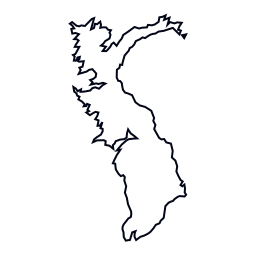 outline of Itati, Rio Grande do Sul, Brazil
{"feature_id": "56859067B39388374799288", "entity_name": "Itati", "entity_type": "district", "adm_level": 2, "iso_a3": "BRA", "parent_name": "Brazil", "parent_adm1": "Rio Grande do Sul", "projection": "natural_earth1", "projection_center": [-50.175, -29.463], "detail": "fine", "context": "isolated", "style": "outline", "palette": "ink", "viewbox_px": 256, "rotation_deg": 0, "n_neighbors": 0, "source": "geoboundaries", "source_scale": "gbopen_adm2", "svg_char_len": 3235}
<svg xmlns="http://www.w3.org/2000/svg" viewBox="0 0 256 256"><path d="M76.7,60.3L79.1,61.7L83.7,61.2L82.5,66.7L79.4,67.7L80.7,70.1L78.7,73.9L81.8,73.0L86.6,71.6L89.2,69.8L92.4,69.2L96.2,73.5L95.7,76.9L93.3,78.9L90.2,80.0L92.6,82.4L90.8,84.6L96.2,83.4L98.4,84.0L103.0,82.8L105.4,83.6L102.4,85.4L99.0,88.7L95.2,87.3L92.3,88.2L90.3,90.5L84.3,91.6L80.5,91.8L81.0,89.4L77.6,91.2L75.8,88.6L73.4,87.0L74.2,91.6L76.3,93.2L77.3,95.7L79.5,96.7L78.4,99.4L81.9,101.5L84.7,104.3L83.7,106.3L86.3,106.0L87.1,103.9L89.7,104.9L87.4,109.9L89.0,111.1L86.3,112.5L89.9,115.2L93.6,112.8L95.5,111.9L98.4,112.5L97.4,115.8L95.2,119.2L98.6,120.4L97.5,125.8L99.7,125.7L102.4,122.1L100.5,128.2L102.6,128.8L102.7,131.2L100.9,134.6L96.7,137.3L94.1,139.4L93.0,142.2L97.0,140.4L103.8,140.2L105.7,141.2L105.3,144.9L109.4,145.7L113.3,148.8L112.8,145.3L114.7,143.4L115.7,141.2L120.1,139.6L124.4,139.1L126.6,137.6L127.0,133.3L128.1,129.4L130.6,133.3L134.3,136.0L137.1,138.4L133.7,138.6L128.7,139.2L126.4,140.5L121.9,144.4L116.9,150.4L120.4,149.7L116.9,154.9L114.1,160.5L112.9,163.3L115.2,163.7L115.8,169.4L118.5,173.8L120.8,176.1L123.3,175.2L124.8,177.1L124.3,180.5L126.2,186.3L124.9,192.6L126.8,197.7L128.0,204.1L128.9,206.3L131.1,211.4L131.3,214.3L130.8,217.0L128.2,218.6L123.6,224.5L122.6,226.9L122.5,229.5L123.5,232.2L123.8,237.1L125.8,240.6L130.0,239.9L132.2,232.4L135.5,231.2L134.6,233.5L134.5,236.7L136.1,240.0L140.6,236.7L144.2,235.6L148.1,233.6L150.5,231.8L153.4,228.4L155.8,224.8L159.5,223.3L160.7,220.7L163.7,217.9L165.4,206.1L168.6,202.7L171.2,201.5L173.1,200.9L174.4,199.2L177.9,196.7L179.7,196.1L182.5,196.3L184.6,196.5L186.1,194.7L184.7,192.4L185.0,188.6L184.4,184.6L182.2,186.3L180.5,185.0L182.7,181.5L180.5,179.9L178.3,175.8L176.4,171.5L177.2,166.3L175.4,160.6L171.9,157.5L172.7,150.9L171.5,145.9L170.9,143.6L166.3,142.4L164.1,139.0L161.5,139.4L159.2,138.0L155.3,131.1L154.2,129.0L155.4,124.9L153.3,120.9L154.1,118.0L151.3,110.8L145.1,106.9L139.7,105.4L135.4,102.2L132.1,95.2L127.9,93.4L125.1,92.6L123.1,90.0L122.4,87.3L121.8,83.1L120.2,81.1L118.2,80.8L116.7,77.5L116.9,69.7L119.4,67.9L120.1,64.6L122.2,64.9L122.7,62.1L124.6,55.5L128.8,50.6L129.7,48.1L132.3,46.7L134.2,44.5L135.8,41.1L139.8,39.3L142.6,37.4L145.1,38.1L147.4,36.5L150.3,34.7L152.8,33.9L155.3,33.6L158.6,31.6L163.8,30.8L172.8,27.9L179.4,34.4L180.9,30.6L178.1,29.7L179.4,26.3L181.7,22.8L177.2,22.4L174.4,23.4L170.1,22.1L167.6,24.6L169.5,17.7L164.1,19.8L165.6,15.4L162.3,16.9L159.4,17.3L158.6,21.9L154.7,24.5L151.9,25.3L148.0,24.9L146.9,27.4L142.0,27.7L139.0,28.5L134.5,27.0L128.1,31.7L123.2,35.0L121.8,38.5L119.3,41.5L116.6,45.8L113.7,42.6L111.6,44.1L110.4,46.6L107.8,49.6L106.3,51.1L102.7,51.0L105.9,46.7L101.0,45.6L103.3,43.7L105.2,41.1L109.5,38.5L110.5,34.8L109.5,32.6L110.9,30.2L108.2,29.8L106.1,27.4L103.1,27.3L100.3,27.8L101.0,24.8L100.2,21.7L97.1,24.2L95.0,23.8L94.0,28.0L91.0,29.4L94.1,18.1L91.8,19.0L84.9,26.0L81.4,25.4L79.2,26.3L76.6,25.8L72.1,22.1L69.9,23.7L72.3,25.6L74.2,28.4L71.3,28.9L72.3,33.6L75.5,33.0L78.9,34.2L74.3,39.1L76.9,39.3L78.6,40.5L76.0,44.4L74.8,46.9L79.3,46.9L75.4,54.0L73.0,55.0L74.7,56.6L73.9,60.6L76.7,60.3ZM76.7,60.3L77.5,57.5L79.8,56.9L79.3,59.2L76.7,60.3ZM184.2,38.1L186.1,34.4L182.0,35.2L184.2,38.1Z" fill="none" stroke="#020617" stroke-width="2"/></svg>